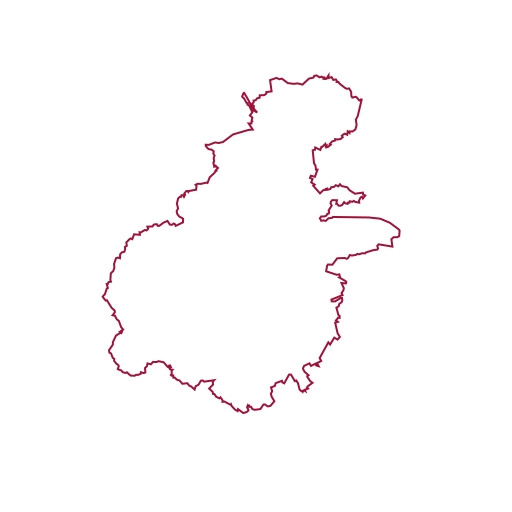 Xalapa, Veracruz, Mexico (Robinson projection), rotated 323°
{"feature_id": "50627088B48811130716283", "entity_name": "Xalapa", "entity_type": "district", "adm_level": 2, "iso_a3": "MEX", "parent_name": "Mexico", "parent_adm1": "Veracruz", "projection": "robinson", "projection_center": [-96.888, 19.542], "detail": "fine", "context": "isolated", "style": "outline", "palette": "rose", "viewbox_px": 512, "rotation_deg": 323, "n_neighbors": 0, "source": "geoboundaries", "source_scale": "gbopen_adm2", "svg_char_len": 6140}
<svg xmlns="http://www.w3.org/2000/svg" viewBox="0 0 512 512"><g transform="rotate(323 256 256)"><path d="M112.5,195.5L109.1,196.2L109.0,197.3L109.1,201.1L110.3,201.6L109.5,210.6L110.3,214.5L109.4,216.0L105.8,217.0L107.4,218.8L106.7,222.7L107.4,225.3L105.5,231.5L105.6,234.8L101.8,234.6L102.2,235.5L103.6,235.6L102.0,236.6L101.0,235.7L96.3,235.3L89.8,238.7L88.4,240.6L81.9,242.8L80.8,244.8L81.6,246.7L80.3,251.1L80.9,252.8L79.6,254.4L79.7,258.3L80.4,260.2L80.1,261.4L77.5,263.2L79.6,266.5L79.6,268.6L81.6,271.0L82.9,271.2L83.8,275.9L87.0,278.6L88.8,278.7L90.1,279.9L93.0,280.7L94.2,279.6L95.8,281.9L97.6,282.4L99.9,278.7L102.5,278.4L104.7,276.5L106.8,279.2L110.0,278.6L112.7,280.8L114.9,281.4L118.3,285.3L118.7,291.3L119.1,292.1L120.3,291.2L121.5,291.6L121.1,293.6L119.6,293.2L119.1,294.6L120.8,296.6L119.7,296.7L117.6,299.6L116.4,299.8L116.5,300.7L118.0,301.6L116.8,303.4L117.9,304.2L118.4,307.2L120.0,309.4L120.3,313.7L124.6,316.3L124.6,319.3L125.7,321.2L126.6,325.7L129.4,323.7L132.7,324.2L136.9,322.4L138.6,323.4L138.9,325.1L147.8,330.0L145.9,330.3L144.3,332.8L138.8,333.7L139.6,338.5L138.7,340.3L139.7,341.2L139.5,344.5L141.1,347.6L142.6,347.5L142.4,351.4L141.5,352.3L143.2,353.2L146.2,359.7L146.8,359.5L146.3,361.1L146.8,366.1L148.0,368.8L149.5,367.5L151.3,373.7L154.6,375.0L156.5,374.9L157.3,374.5L157.9,371.3L159.7,370.3L159.7,371.6L160.5,371.5L160.3,372.8L161.3,373.5L161.0,376.0L162.3,378.0L167.4,380.9L172.5,379.1L173.7,379.8L174.9,383.2L177.3,384.4L183.3,383.0L183.8,377.9L185.0,374.9L187.5,373.8L188.9,370.0L192.8,371.1L195.2,369.4L201.6,371.3L201.0,372.7L201.9,374.7L211.0,370.6L212.6,371.8L211.7,379.3L213.2,379.5L213.0,382.8L210.4,389.0L211.0,391.5L212.4,391.9L212.0,392.6L213.7,392.3L214.1,393.5L214.5,392.2L217.8,393.2L217.6,391.7L219.1,391.2L224.8,391.3L224.0,388.6L224.2,383.8L224.5,382.8L226.2,382.8L225.1,377.6L225.5,375.0L226.0,373.9L228.3,372.7L234.1,373.9L233.8,376.9L238.4,377.7L238.2,379.6L239.7,381.7L240.3,378.2L244.9,379.1L245.4,375.8L261.8,368.5L261.9,371.3L269.4,368.3L270.8,371.8L274.3,371.1L274.6,367.0L279.1,356.9L281.7,357.8L281.0,355.6L284.6,354.7L285.6,355.7L286.7,354.2L286.3,352.7L289.1,345.7L291.8,345.9L293.6,344.4L296.6,344.4L298.2,343.4L299.4,341.3L298.2,340.5L291.7,339.8L289.2,337.8L290.0,336.2L301.6,339.3L301.9,337.2L305.3,335.9L306.8,334.5L308.0,329.0L311.3,332.0L312.4,331.2L312.5,330.1L309.5,323.1L310.5,323.2L311.5,320.8L309.2,319.6L302.8,310.4L306.9,306.6L308.3,306.1L311.8,308.9L319.5,306.7L325.8,311.1L326.6,312.7L328.1,313.1L331.5,311.7L332.8,313.3L336.5,315.3L338.2,315.3L339.2,316.6L342.4,317.7L344.8,319.6L345.9,319.3L352.9,321.8L356.8,323.9L358.1,323.4L358.9,320.9L361.0,320.5L370.6,330.6L374.2,324.1L377.2,323.8L380.1,326.0L382.3,326.3L386.0,322.1L386.1,320.8L382.9,310.0L377.6,300.9L369.4,293.2L340.9,271.1L339.6,271.3L336.6,269.5L332.7,269.9L331.3,268.1L329.3,267.2L329.7,264.3L331.9,263.7L334.5,265.6L336.6,266.1L338.5,265.2L339.6,265.9L340.9,265.0L341.4,263.3L346.8,261.3L347.2,258.8L348.5,257.7L350.6,257.3L354.2,260.2L351.5,262.6L352.2,263.1L352.2,265.4L353.5,266.6L355.5,267.1L358.8,266.0L359.0,267.6L360.5,269.5L361.5,268.7L362.8,269.7L363.8,268.7L365.7,270.8L367.3,270.8L367.8,272.5L370.5,275.5L371.3,274.0L374.6,272.2L376.3,272.4L376.0,274.4L379.7,273.4L378.6,271.4L379.5,269.7L372.5,265.8L370.3,259.8L370.2,256.0L366.5,251.7L366.2,249.2L363.7,249.9L362.4,247.5L359.6,247.7L357.5,246.3L355.6,247.2L353.0,246.1L353.4,244.9L352.3,244.5L352.2,245.6L349.4,243.9L344.8,244.5L344.0,234.3L345.8,234.3L344.4,230.4L347.5,228.6L346.1,226.1L348.1,224.9L350.8,228.2L357.1,224.0L355.9,223.1L358.0,219.4L358.1,216.9L364.9,205.7L367.1,206.6L368.6,205.0L371.2,210.0L373.9,208.2L374.4,208.7L378.8,208.2L377.8,210.1L378.9,210.2L377.6,211.6L379.1,212.2L382.7,212.1L382.3,211.0L385.7,210.3L388.8,211.4L389.6,210.3L391.3,212.1L394.1,213.5L396.8,213.3L396.9,211.6L399.2,211.5L400.6,211.8L401.8,214.1L404.2,211.7L404.7,214.0L405.7,212.8L408.1,214.7L411.6,214.7L415.1,212.0L417.9,207.1L421.3,205.6L434.5,194.7L433.9,194.1L433.0,194.8L432.1,194.0L431.9,189.8L431.3,188.7L428.3,187.5L428.4,185.7L430.8,182.1L431.2,178.2L429.1,177.1L428.1,174.9L426.4,168.3L426.6,166.7L425.1,165.5L426.0,164.5L426.0,163.0L423.7,161.9L424.0,158.6L421.0,157.5L422.6,155.4L418.8,156.8L417.6,156.2L416.7,155.2L418.0,154.7L417.8,154.1L416.8,153.9L416.3,152.2L414.3,151.6L413.1,148.3L410.9,147.2L409.2,148.1L405.1,146.2L396.3,147.1L393.1,143.2L389.7,141.2L385.5,137.1L383.4,129.9L381.1,128.9L379.5,126.1L373.1,124.0L367.5,133.9L362.9,131.3L362.0,132.5L359.4,132.5L355.7,129.9L354.1,131.8L351.9,130.7L349.4,131.4L347.6,130.4L346.6,131.9L344.7,132.1L344.1,134.0L344.6,134.8L342.9,136.9L343.3,142.1L341.2,137.5L342.5,134.7L343.9,125.9L344.7,118.6L343.9,118.5L341.0,120.2L340.8,121.1L341.3,122.8L340.6,128.0L341.4,129.1L340.3,130.0L341.1,131.7L339.6,139.0L335.7,140.1L336.4,143.2L334.1,145.2L334.1,146.1L333.3,146.0L332.1,147.4L329.9,145.7L329.5,153.1L325.9,150.8L310.8,145.1L298.2,145.1L294.2,143.3L291.7,140.7L285.3,138.9L282.8,136.9L282.1,137.8L282.2,140.9L282.7,142.4L284.6,144.4L285.2,147.0L283.5,148.6L283.4,150.8L281.3,152.1L279.5,155.3L278.1,155.8L276.9,158.5L277.4,158.3L277.9,159.4L276.8,159.7L278.1,160.7L278.6,162.8L276.9,163.0L275.7,164.1L275.3,163.4L273.0,164.6L266.4,165.3L261.2,168.5L260.5,167.5L255.5,165.3L252.7,163.1L250.6,162.8L250.8,164.1L248.1,167.0L241.6,163.8L240.5,164.2L240.7,163.0L239.3,162.2L236.2,163.0L236.2,164.4L234.1,165.4L234.3,163.7L233.1,162.6L231.7,163.6L230.5,162.9L228.4,163.2L224.3,166.6L222.4,171.1L219.6,172.5L218.4,175.0L218.4,178.0L220.2,182.4L217.9,185.2L210.0,183.6L210.4,181.7L209.8,180.5L207.6,180.5L206.1,179.0L206.4,174.7L202.1,173.7L196.9,173.7L195.6,172.7L196.0,171.1L194.6,170.0L193.2,169.4L191.1,170.1L186.9,167.2L186.3,169.3L185.1,169.7L183.8,169.6L182.8,168.3L177.9,167.8L177.3,167.0L176.0,169.2L171.7,165.3L167.3,168.1L166.5,166.6L165.4,166.4L160.6,167.1L159.0,170.1L156.8,169.9L155.7,171.7L153.4,173.4L151.1,172.4L148.5,172.9L146.0,175.9L144.7,174.1L142.9,173.5L137.8,177.0L135.9,180.1L132.9,182.1L129.6,182.5L125.2,187.6L124.7,189.2L122.4,188.1L120.7,189.2L119.9,188.6L118.4,192.4L117.2,192.2L112.5,195.5Z" fill="none" stroke="#9f1239" stroke-width="2"/></g></svg>